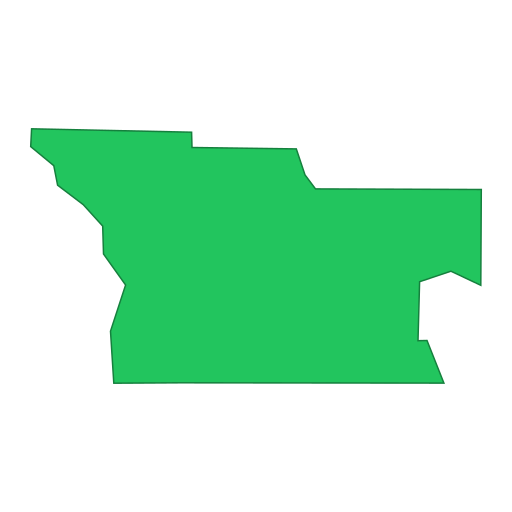 Atkinson, Georgia, United States of America
{"feature_id": "52423323B8273444603527", "entity_name": "Atkinson", "entity_type": "district", "adm_level": 2, "iso_a3": "USA", "parent_name": "United States of America", "parent_adm1": "Georgia", "projection": "natural_earth1", "projection_center": [-82.899, 31.302], "detail": "fine", "context": "isolated", "style": "filled", "palette": "green", "viewbox_px": 512, "rotation_deg": 0, "n_neighbors": 0, "source": "geoboundaries", "source_scale": "gbopen_adm2", "svg_char_len": 415}
<svg xmlns="http://www.w3.org/2000/svg" viewBox="0 0 512 512"><path d="M443.9,383.1L427.0,340.5L418.0,340.7L419.6,281.7L450.9,271.2L480.8,285.3L481.3,189.5L315.5,188.9L305.0,174.9L296.3,148.9L192.0,147.5L191.6,132.2L31.6,128.8L30.7,146.6L53.8,165.7L57.6,185.2L83.3,204.7L102.7,226.1L103.5,254.0L125.6,285.0L110.5,331.2L113.8,383.2L180.3,382.8L443.9,383.1Z" fill="#22c55e" stroke="#15803d" stroke-width="1.5"/></svg>